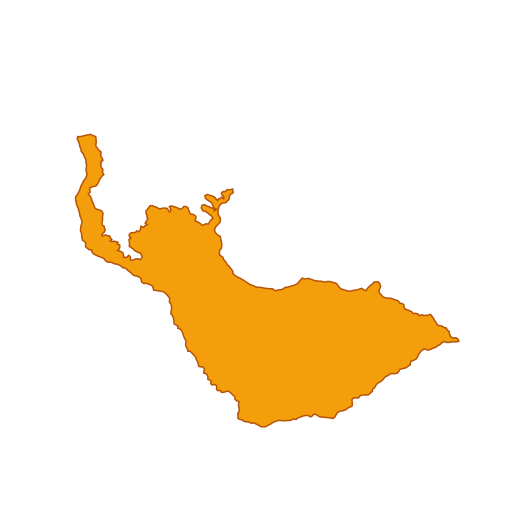 the district of Novo Jardim, Tocantins, Brazil, rotated 247°
{"feature_id": "56859067B81218887161282", "entity_name": "Novo Jardim", "entity_type": "district", "adm_level": 2, "iso_a3": "BRA", "parent_name": "Brazil", "parent_adm1": "Tocantins", "projection": "natural_earth1", "projection_center": [-46.478, -11.806], "detail": "fine", "context": "isolated", "style": "filled", "palette": "amber", "viewbox_px": 512, "rotation_deg": 247, "n_neighbors": 0, "source": "geoboundaries", "source_scale": "gbopen_adm2", "svg_char_len": 6111}
<svg xmlns="http://www.w3.org/2000/svg" viewBox="0 0 512 512"><g transform="rotate(247 256 256)"><path d="M98.2,409.3L100.4,409.5L102.6,408.2L103.4,405.2L105.3,404.0L107.2,403.6L109.0,403.7L111.1,404.3L113.2,403.2L115.5,403.0L116.4,401.3L118.7,399.9L121.2,396.3L127.6,395.1L129.4,395.1L134.1,393.8L134.2,391.9L135.5,387.4L137.3,385.3L137.2,382.9L139.6,382.3L141.0,380.3L141.6,378.0L143.4,377.8L145.4,376.2L149.2,372.3L151.7,372.3L153.3,373.1L155.0,372.0L156.7,369.8L159.3,369.3L164.7,363.2L165.6,360.7L167.1,358.6L168.8,356.9L173.4,355.4L175.1,355.2L177.2,356.7L179.2,358.8L182.5,359.1L184.7,358.1L185.9,354.4L185.0,352.8L183.7,348.3L182.5,345.6L181.0,343.8L182.5,342.1L184.9,340.7L185.4,335.1L186.2,332.8L186.6,330.2L187.5,327.3L192.5,321.4L194.4,320.5L199.2,319.3L200.8,317.6L203.5,314.2L204.6,312.1L204.8,309.6L207.6,305.6L208.8,303.0L210.6,300.2L215.1,295.3L215.3,293.3L216.2,291.4L217.6,289.9L214.2,282.8L214.2,280.1L214.7,275.0L215.0,272.6L215.7,270.3L215.0,268.1L215.3,265.6L216.2,262.8L216.2,260.8L217.4,259.4L219.2,258.6L222.0,253.0L225.6,247.5L226.5,245.3L227.9,243.5L230.0,241.7L231.6,239.7L240.0,234.1L245.2,229.7L248.7,227.9L250.3,228.6L252.0,228.5L257.4,227.1L259.1,226.2L263.2,225.6L265.3,224.8L267.8,225.0L270.9,223.0L273.1,223.5L275.1,224.6L276.5,226.8L278.3,228.3L280.6,229.2L284.1,230.0L287.9,230.7L291.2,228.5L293.6,227.8L296.0,227.8L298.6,230.3L300.9,235.7L302.7,237.1L304.9,238.0L309.2,237.4L312.9,239.0L316.0,241.1L317.3,243.3L317.8,245.2L317.6,247.3L316.8,248.9L318.7,253.3L321.5,254.9L322.9,257.0L323.1,259.7L326.8,260.7L327.0,258.3L328.4,255.3L327.3,253.3L328.2,250.3L327.2,248.6L325.2,248.7L323.1,249.5L321.2,248.6L323.6,247.3L323.0,245.6L323.3,243.7L322.0,242.5L324.1,241.4L326.3,241.0L328.2,239.3L331.7,235.1L331.5,232.6L329.1,232.0L326.5,233.1L323.1,235.5L321.1,236.0L316.6,235.9L317.6,233.7L319.9,232.0L321.5,229.9L323.4,228.8L323.8,226.1L321.7,224.4L318.3,224.7L316.7,227.0L314.5,228.4L312.3,229.4L310.4,230.7L307.4,231.0L306.8,228.3L304.1,224.6L305.2,222.5L305.1,218.6L307.8,217.4L310.2,215.7L312.1,213.7L315.3,216.0L317.3,215.6L319.2,214.1L319.8,212.3L324.0,211.8L327.1,212.2L329.0,210.8L329.8,209.0L328.8,207.1L328.4,205.0L332.2,201.3L335.3,197.5L335.3,195.5L333.1,195.8L331.5,195.6L330.2,193.7L334.7,192.7L335.6,191.1L336.6,188.6L336.9,185.7L340.2,183.1L341.1,181.5L342.8,180.6L343.7,178.2L340.3,172.3L338.7,171.5L336.5,171.5L334.3,170.9L332.7,171.0L329.5,166.8L327.4,168.1L327.2,165.4L326.2,163.7L328.4,161.8L324.8,159.3L324.4,157.3L325.8,155.9L324.8,154.4L326.2,150.0L325.3,147.7L323.6,147.0L321.4,148.0L320.9,145.6L316.9,144.4L314.4,143.1L310.7,145.6L308.7,146.3L305.4,148.7L304.1,150.6L299.7,151.0L297.8,148.4L299.4,146.4L300.4,143.9L300.2,141.4L301.2,139.0L304.7,139.9L306.4,139.1L305.2,136.0L306.7,133.6L308.3,134.3L310.7,134.7L312.6,133.8L315.2,130.7L315.7,132.5L317.6,134.3L319.7,134.8L321.2,132.9L322.6,134.3L325.1,131.2L325.4,129.2L326.8,127.7L327.4,129.7L329.6,129.1L331.5,129.2L332.6,127.4L334.2,125.8L334.6,122.4L336.5,123.2L337.3,125.7L338.8,127.4L340.7,127.3L342.5,127.8L344.3,126.8L346.1,126.8L350.0,129.3L351.9,129.9L354.9,131.8L357.4,131.7L359.2,130.3L360.5,128.6L362.5,126.7L364.8,126.5L375.4,126.9L378.8,125.9L379.7,128.4L383.6,129.3L383.6,132.8L383.0,136.2L384.3,138.6L388.4,143.1L389.6,145.1L390.4,147.7L392.9,147.3L395.5,148.9L397.8,148.3L399.9,148.4L401.7,149.7L403.6,150.0L403.6,152.3L405.4,152.7L408.2,152.2L409.9,152.7L412.3,154.0L414.3,152.9L419.7,151.4L423.4,153.5L428.1,155.1L429.6,154.2L431.0,152.4L432.7,151.1L434.6,140.7L435.6,138.5L433.5,137.2L429.4,137.4L425.3,136.6L423.2,136.8L421.2,136.1L419.5,136.2L417.6,137.0L415.7,136.8L412.0,137.0L409.8,136.6L407.9,135.8L405.9,135.7L402.2,133.5L400.2,132.7L397.7,132.5L395.6,131.2L393.8,129.2L392.8,127.0L391.5,125.5L388.5,121.9L384.7,118.6L382.2,115.3L381.4,113.6L379.8,112.5L377.4,111.7L373.7,111.1L371.6,110.8L369.7,111.0L363.6,110.1L361.5,109.5L359.9,109.8L355.6,109.2L353.9,108.2L352.1,106.6L348.0,104.3L345.5,104.3L340.5,102.8L338.5,102.5L336.5,103.7L334.3,104.4L332.4,103.1L330.7,102.8L327.0,104.8L325.9,107.0L323.3,106.6L321.1,107.4L317.5,110.6L313.6,114.8L309.5,116.0L307.8,118.0L306.9,120.2L304.0,122.7L303.2,124.3L301.5,126.3L299.1,128.0L297.0,129.0L296.2,130.9L294.6,131.8L292.5,132.5L290.5,133.8L286.1,135.7L282.9,139.8L280.6,141.2L276.4,140.6L274.3,142.3L273.9,144.2L269.6,148.6L267.4,148.9L264.6,148.5L260.0,155.9L258.1,157.6L254.2,159.2L250.7,160.1L249.0,159.0L247.1,158.2L245.2,159.0L241.6,158.3L236.0,155.0L233.5,155.9L230.4,155.6L225.2,154.1L223.7,155.8L221.7,156.7L220.0,155.7L218.9,157.2L216.4,158.5L207.9,158.0L205.3,158.5L202.0,156.6L199.8,156.2L197.4,156.5L194.9,156.1L194.1,158.1L191.8,159.1L186.9,160.8L184.1,160.6L181.2,161.0L176.8,160.2L175.4,162.0L174.8,163.9L172.2,164.3L168.7,162.1L167.5,163.7L166.0,164.6L163.6,164.5L161.2,163.5L159.8,165.0L158.2,165.9L156.2,164.4L154.3,165.2L154.1,167.2L152.9,168.7L150.8,168.8L149.0,167.6L147.1,168.0L146.2,170.6L144.0,170.9L143.1,173.2L142.9,175.7L142.1,178.2L134.6,181.5L132.2,180.7L130.4,181.5L128.7,183.5L126.0,181.7L121.5,180.7L119.2,179.4L118.1,177.6L116.1,177.1L113.6,175.9L111.7,177.5L110.7,179.2L108.6,180.1L105.7,184.8L103.8,186.4L103.2,188.8L99.4,192.1L97.2,193.6L95.9,195.8L95.1,198.4L95.5,200.9L95.6,203.6L96.2,207.0L96.1,210.8L95.4,213.9L93.9,216.1L91.2,223.5L91.4,226.6L89.9,229.1L90.7,231.2L90.4,233.4L90.4,236.0L89.7,240.0L88.3,242.1L86.5,243.4L86.8,245.4L88.0,247.9L85.6,250.1L83.1,251.7L78.0,261.0L76.4,263.2L76.8,265.4L79.2,268.6L80.1,270.2L80.4,273.0L79.6,275.2L79.4,279.0L80.1,280.8L80.3,285.8L82.6,287.1L86.2,288.1L87.4,290.3L85.3,294.9L86.8,297.2L86.4,299.9L84.3,305.1L85.9,310.2L87.9,311.3L88.3,313.5L90.5,316.3L91.3,318.5L92.0,323.2L94.4,328.1L94.4,331.3L95.2,333.9L93.4,338.0L93.0,340.4L94.0,342.3L95.5,344.3L94.5,350.0L95.6,355.5L98.7,357.4L98.3,360.0L98.6,363.1L100.1,365.6L101.7,366.9L102.9,368.9L104.1,371.1L104.6,373.1L104.4,375.4L102.7,376.7L101.8,378.6L102.0,381.1L101.8,385.9L102.4,388.1L102.6,391.0L103.6,393.5L103.7,396.1L102.0,397.7L101.2,399.4L100.2,403.5L99.0,406.0L98.2,409.3ZM316.6,235.9L314.6,237.8L313.9,235.3L316.6,235.9Z" fill="#f59e0b" stroke="#b45309" stroke-width="1.5"/></g></svg>